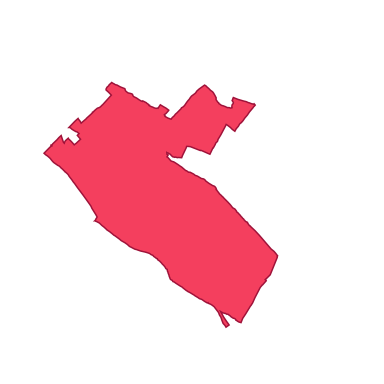 outline of Iana, Vaslui, Romania, rotated 146°
{"feature_id": "2599482B62853104405346", "entity_name": "Iana", "entity_type": "district", "adm_level": 2, "iso_a3": "ROU", "parent_name": "Romania", "parent_adm1": "Vaslui", "projection": "albers", "projection_center": [27.554, 46.405], "detail": "fine", "context": "isolated", "style": "filled", "palette": "rose", "viewbox_px": 384, "rotation_deg": 146, "n_neighbors": 0, "source": "geoboundaries", "source_scale": "gbopen_adm2", "svg_char_len": 6048}
<svg xmlns="http://www.w3.org/2000/svg" viewBox="0 0 384 384"><g transform="rotate(146 192 192)"><path d="M288.7,222.5L288.4,222.3L288.3,221.8L287.6,220.8L286.1,218.0L285.4,214.6L284.6,212.2L283.9,209.3L283.8,208.4L282.4,205.0L282.0,203.6L281.7,202.8L280.9,199.8L280.4,198.9L278.4,193.3L277.9,191.3L276.0,187.5L274.9,184.6L274.4,182.3L273.9,181.1L273.4,180.4L272.2,178.1L271.3,176.5L270.0,175.1L269.4,174.2L267.5,171.7L264.4,168.4L262.6,166.2L261.7,165.0L261.3,164.2L261.0,163.1L259.9,161.4L259.8,161.0L259.8,160.1L259.1,158.4L258.7,157.0L258.0,156.1L258.3,155.5L258.2,154.6L257.5,153.0L257.0,150.3L256.9,148.8L256.5,147.0L256.3,144.3L256.5,143.5L256.5,143.3L256.3,142.5L255.8,141.7L256.6,140.3L256.6,139.6L257.3,137.5L257.5,136.2L258.0,135.0L258.6,132.3L258.7,131.6L258.6,131.3L258.4,130.8L257.8,129.8L257.9,128.5L257.8,128.2L257.1,127.4L256.5,125.6L254.2,120.3L253.5,119.1L253.0,117.2L251.9,113.8L251.8,113.4L251.3,112.5L250.9,111.3L250.3,110.5L249.5,108.8L247.8,105.1L247.7,104.6L245.9,100.7L245.6,99.7L245.4,99.3L244.9,98.7L243.9,97.4L242.8,94.4L241.5,91.7L241.2,91.5L240.6,91.3L240.8,90.9L240.8,90.7L239.3,88.5L238.6,86.9L237.8,84.5L237.4,77.5L237.6,76.2L238.0,74.9L238.1,71.9L238.9,69.1L239.7,65.7L239.3,62.9L239.4,60.9L235.6,61.0L235.6,62.5L235.7,65.6L235.7,70.3L235.1,76.8L233.9,74.5L232.5,72.8L232.1,72.6L231.9,72.0L231.4,71.1L231.1,71.0L230.6,70.6L230.4,70.2L230.2,69.4L229.6,67.9L229.3,66.3L228.9,65.7L228.8,65.2L228.3,64.2L227.6,63.5L227.4,63.2L227.1,62.1L227.3,61.2L226.9,60.8L226.7,59.8L225.9,58.1L224.4,56.3L220.6,58.9L215.7,60.9L207.5,64.7L206.4,65.0L203.7,66.2L198.9,69.2L189.0,74.6L187.9,75.0L186.3,75.4L186.0,75.6L185.5,75.5L180.1,76.9L180.0,77.5L180.3,78.1L180.3,78.5L178.3,78.7L173.5,79.6L157.9,90.1L157.5,90.8L156.7,91.2L156.8,92.3L156.9,94.4L157.2,96.9L158.3,100.5L160.4,118.5L161.4,124.8L162.6,130.0L162.7,131.0L162.8,131.0L162.9,131.5L163.2,132.3L163.2,133.0L163.3,133.6L163.2,134.4L163.3,135.3L163.1,135.4L163.0,135.6L163.0,135.9L164.1,137.7L164.2,139.2L164.4,139.7L164.3,140.8L164.7,141.9L164.7,143.0L165.0,144.2L165.0,145.8L165.2,146.5L165.6,149.4L166.1,150.6L165.8,151.4L165.9,153.6L166.1,154.2L166.9,155.8L167.1,156.3L167.3,159.5L167.6,161.8L167.8,162.4L167.8,163.2L168.1,164.2L168.1,164.6L168.9,168.6L169.2,170.9L169.4,171.1L169.6,172.7L170.3,175.3L170.2,175.6L170.5,179.9L170.6,180.3L170.3,180.3L169.9,182.1L170.0,183.7L170.4,184.6L171.4,185.9L171.7,186.7L173.1,189.7L174.2,192.8L174.4,193.1L174.4,194.4L174.9,196.1L175.2,196.5L176.5,197.8L176.8,198.2L178.3,201.5L178.9,202.6L180.0,203.9L180.6,205.9L182.5,209.4L182.8,209.7L183.5,210.1L183.9,210.4L184.0,211.0L184.7,212.8L185.2,213.2L186.6,218.4L187.5,220.5L188.3,222.7L189.9,226.4L190.3,227.2L191.8,229.1L192.1,229.7L192.6,233.5L192.8,234.3L193.1,235.1L191.1,236.0L191.7,237.2L190.8,238.8L190.5,238.2L190.2,238.0L189.1,235.8L188.8,235.0L188.8,234.0L188.4,232.4L188.1,231.6L187.4,231.1L186.9,230.4L186.4,230.3L185.9,229.9L185.0,228.7L184.2,228.4L181.4,226.2L179.4,227.6L171.9,232.0L171.0,232.8L170.0,232.2L168.0,230.5L161.9,221.7L161.5,221.7L160.7,220.7L157.4,215.4L156.0,213.3L150.9,216.3L149.9,216.8L149.7,216.6L146.2,218.4L144.9,219.3L142.7,219.7L141.9,220.2L141.3,220.9L136.1,223.3L127.3,228.0L125.9,228.9L125.3,227.6L124.1,224.1L123.6,221.4L122.5,218.4L120.0,219.7L116.7,220.6L114.6,221.7L113.6,221.9L112.4,221.9L109.8,222.6L106.8,223.8L103.1,224.8L99.7,226.2L94.4,227.7L92.9,228.3L92.3,228.3L91.0,228.7L91.0,228.9L91.2,230.4L91.8,230.2L92.0,230.6L92.6,231.2L93.4,232.1L94.8,234.1L95.5,234.8L95.9,235.6L96.7,236.8L98.2,238.4L102.1,243.1L104.9,247.2L105.9,246.6L106.7,245.8L107.2,245.7L107.6,245.4L107.6,244.0L107.7,243.0L108.5,242.2L109.4,242.1L110.2,241.7L111.2,240.5L111.7,239.5L113.1,240.0L114.0,241.2L115.6,242.3L116.5,244.0L118.0,246.1L119.1,247.3L119.6,248.8L120.3,250.3L120.0,251.0L120.4,252.0L120.4,255.2L119.3,256.6L119.0,259.3L118.8,262.0L118.9,263.6L119.8,266.0L120.2,268.4L120.8,270.5L121.1,272.2L121.8,273.6L128.6,273.4L131.4,273.0L132.2,272.8L132.7,272.4L134.3,272.0L138.7,271.8L140.4,271.3L142.5,270.4L144.2,270.0L146.0,269.4L150.0,267.8L152.5,267.5L153.6,267.7L154.4,267.2L154.9,267.1L160.3,266.0L162.2,265.8L163.3,265.4L164.6,265.0L166.7,264.8L167.9,264.3L168.3,264.0L168.7,264.2L170.5,266.6L171.9,269.2L172.0,269.6L171.7,269.6L171.8,271.5L171.7,271.6L169.7,271.6L165.8,272.6L165.5,272.8L166.7,276.2L168.2,279.2L168.7,280.3L169.5,282.0L173.4,280.4L173.7,280.9L175.0,281.4L176.3,282.9L177.0,284.2L178.3,286.0L179.2,287.6L178.8,287.8L179.1,288.3L179.1,289.0L179.8,290.7L180.0,291.7L180.4,292.4L181.9,295.1L182.6,294.9L183.4,296.2L184.1,297.6L185.4,300.9L187.0,303.7L187.1,305.2L186.7,306.1L186.8,306.6L187.6,307.8L189.4,309.7L189.8,310.4L190.4,312.4L190.5,313.3L190.0,314.8L189.9,315.2L190.0,315.4L192.5,319.0L193.2,320.3L194.4,322.7L195.2,323.4L195.9,324.5L196.0,325.0L197.0,326.8L197.3,327.7L200.8,327.2L201.6,326.7L203.9,326.4L205.7,325.4L206.2,324.6L205.4,321.4L204.7,317.4L217.8,314.2L218.2,314.3L219.7,313.9L221.4,313.8L223.6,314.4L225.6,314.2L227.3,314.0L229.9,313.4L230.3,313.4L230.3,313.5L230.7,313.2L238.3,312.1L238.6,311.9L245.4,311.1L245.2,313.4L245.4,315.8L245.3,316.7L249.6,316.1L258.0,314.3L257.3,313.8L257.0,313.3L256.8,312.6L256.5,311.3L255.4,308.8L254.4,306.8L254.0,306.5L253.6,305.8L253.0,303.6L255.4,303.1L255.2,301.0L254.9,298.1L259.7,297.3L260.8,297.1L262.9,297.1L263.3,297.0L263.5,299.3L263.9,301.8L264.7,305.5L264.6,305.8L268.3,305.3L269.7,304.6L270.6,303.9L270.8,305.1L268.9,312.0L272.1,311.5L274.7,310.8L280.6,309.8L281.8,309.3L282.1,308.9L282.4,309.7L282.7,309.8L282.9,309.6L282.7,308.7L284.7,308.6L293.0,306.9L292.7,305.5L292.3,304.1L291.7,302.8L291.0,300.2L290.7,298.7L290.7,297.8L290.4,295.0L290.1,293.6L288.4,289.2L287.5,287.6L287.3,286.5L287.1,285.1L286.4,282.7L286.4,282.1L286.0,280.3L286.0,279.6L285.8,279.4L285.2,277.1L285.0,275.9L285.0,275.4L284.9,274.8L285.0,274.6L285.1,273.8L284.8,269.3L284.8,266.6L284.6,264.7L284.5,259.9L284.0,249.9L283.7,239.4L283.7,236.6L284.1,234.6L284.4,226.7L284.6,224.5L285.0,224.1L286.7,223.4L288.0,222.6L288.7,222.5Z" fill="#f43f5e" stroke="#9f1239" stroke-width="1.5"/></g></svg>